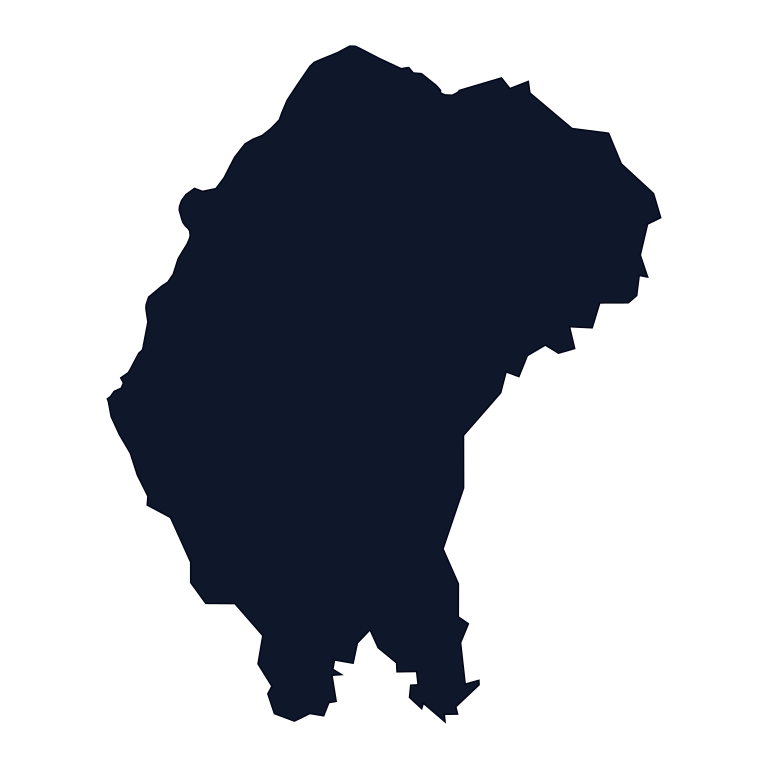 Chucher - Sandevo, Čučer Sandevo, North Macedonia (Equal Earth projection)
{"feature_id": "65306769B58175225548943", "entity_name": "Chucher - Sandevo", "entity_type": "district", "adm_level": 2, "iso_a3": "MKD", "parent_name": "North Macedonia", "parent_adm1": "Čučer Sandevo", "projection": "equal_earth", "projection_center": [21.395, 42.146], "detail": "fine", "context": "isolated", "style": "filled", "palette": "ink", "viewbox_px": 768, "rotation_deg": 0, "n_neighbors": 0, "source": "geoboundaries", "source_scale": "gbopen_adm2", "svg_char_len": 1834}
<svg xmlns="http://www.w3.org/2000/svg" viewBox="0 0 768 768"><path d="M459.4,90.4L457.9,92.3L452.4,95.2L445.0,94.9L440.6,93.0L440.5,90.3L436.3,85.5L421.4,73.6L413.3,73.0L408.8,67.5L404.5,68.1L401.2,68.7L379.2,58.4L356.7,46.8L354.8,46.2L349.7,46.1L337.6,52.6L322.4,58.8L314.2,62.3L309.9,66.4L297.3,84.8L287.2,100.1L281.9,112.6L279.3,119.9L270.6,128.8L262.0,135.6L253.4,139.0L245.1,143.8L234.7,157.1L229.3,167.5L224.1,177.7L215.9,188.6L202.6,191.4L194.5,188.4L185.9,194.6L181.5,200.7L179.5,206.4L179.2,209.9L181.8,219.3L182.9,222.5L185.7,226.3L188.2,228.5L189.7,231.1L190.2,235.5L189.5,238.5L187.2,243.8L178.2,258.6L175.7,266.4L173.2,274.2L167.8,282.1L161.9,286.0L148.6,297.1L146.1,304.7L145.9,308.7L147.9,322.0L143.1,347.0L142.7,349.6L138.7,353.3L129.9,370.0L128.2,372.7L120.7,377.9L123.4,382.9L121.2,388.2L114.2,391.3L110.5,396.5L107.3,398.9L108.3,401.3L111.2,416.8L119.5,434.8L130.3,453.1L137.3,475.0L147.9,496.2L147.2,505.1L170.5,517.5L190.7,562.2L190.7,582.6L205.8,603.4L234.9,603.6L262.8,635.6L258.0,663.9L271.9,686.2L267.8,693.8L274.4,713.6L294.4,721.1L309.9,713.5L323.7,715.8L328.9,702.6L336.2,701.4L332.0,675.3L341.5,674.6L332.9,669.3L334.5,660.0L353.1,663.2L357.4,643.0L370.0,629.8L378.2,647.8L396.6,662.9L397.0,671.8L416.6,671.5L418.1,684.8L410.7,685.2L409.5,697.4L421.7,708.7L423.3,703.2L445.1,721.9L444.3,714.3L457.6,714.1L455.8,706.8L479.1,684.8L478.9,680.3L465.2,684.1L460.6,642.7L468.4,623.8L458.3,616.8L458.4,583.8L443.0,548.9L463.6,488.0L463.5,435.4L500.7,392.8L506.1,371.9L518.9,376.6L527.4,355.6L545.3,345.1L558.5,353.2L574.7,348.5L569.5,326.7L592.2,327.8L599.8,302.9L628.3,302.8L636.7,295.6L639.2,275.4L647.7,277.1L640.3,255.1L647.6,224.1L660.7,217.7L653.6,193.6L621.3,163.8L608.6,133.2L572.0,128.5L529.9,93.0L528.3,81.4L509.9,88.6L501.5,77.9L459.4,90.4Z" fill="#0f172a" stroke="#020617" stroke-width="1.5"/></svg>